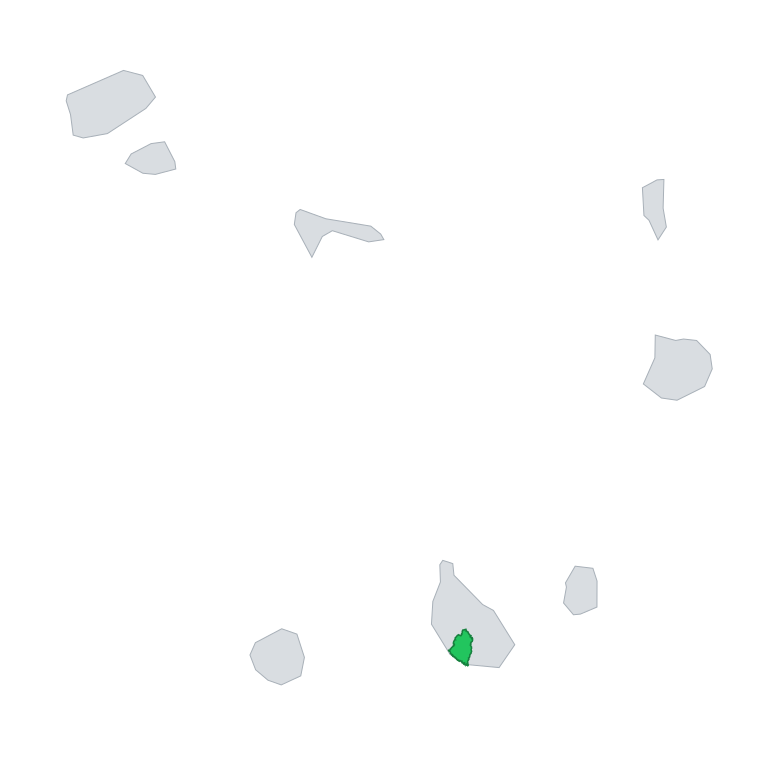 location of Sao Joao Baptista, Ribeira Grande de Santiago, Cabo Verde, rotated 2°
{"feature_id": "66160863B53173453259277", "entity_name": "Sao Joao Baptista", "entity_type": "district", "adm_level": 2, "iso_a3": "CPV", "parent_name": "Cabo Verde", "parent_adm1": "Ribeira Grande de Santiago", "projection": "mercator", "projection_center": [-23.659, 14.991], "detail": "fine", "context": "in_parent", "style": "filled", "palette": "green", "viewbox_px": 768, "rotation_deg": 2, "n_neighbors": 0, "source": "geoboundaries", "source_scale": "gbopen_adm2", "svg_char_len": 5665}
<svg xmlns="http://www.w3.org/2000/svg" viewBox="0 0 768 768"><g transform="rotate(2 384 384)"><path d="M523.8,640.0L508.9,663.4L476.2,661.5L459.4,651.9L439.8,622.4L440.4,599.6L447.3,579.9L446.1,562.7L448.9,558.2L459.0,561.1L460.6,572.7L490.3,601.0L501.3,606.5L523.8,640.0ZM98.8,143.4L74.8,148.6L64.7,146.1L61.3,125.6L56.5,112.1L57.6,106.1L112.7,79.7L132.1,84.1L145.6,105.2L136.4,116.9L98.8,143.4ZM653.4,325.6L674.0,330.3L681.8,328.6L694.9,329.6L708.9,343.1L711.5,357.4L704.5,375.3L677.4,390.0L661.7,388.3L643.2,374.9L653.8,348.4L653.4,325.6ZM311.0,678.6L291.8,688.3L278.4,684.1L265.7,674.1L259.5,659.5L264.5,647.0L290.3,632.2L305.7,637.0L314.0,660.0L311.0,678.6ZM365.3,226.7L375.5,234.3L378.8,239.7L363.7,242.5L327.0,232.6L317.2,238.7L307.5,259.9L288.8,227.7L290.1,215.9L294.1,212.5L320.1,220.9L365.3,226.7ZM588.3,607.1L581.4,608.0L571.1,596.6L573.4,580.6L572.3,576.4L581.4,559.4L599.2,560.9L603.8,573.5L604.6,599.5L588.3,607.1ZM168.4,176.4L148.2,182.5L135.7,181.8L117.7,172.7L123.3,162.9L142.8,151.9L156.3,149.6L167.2,169.1L168.4,176.4ZM660.7,217.3L652.8,230.4L643.1,211.1L637.9,206.5L635.4,178.8L649.7,170.5L656.6,169.8L656.8,198.5L660.7,217.3Z" fill="#d9dde1" stroke="#a8b0b8" stroke-width="1"/><path d="M457.9,647.9L457.9,648.1L458.1,648.3L458.4,648.4L458.4,648.6L458.6,648.6L458.8,648.6L458.8,648.8L459.0,648.8L459.0,649.0L459.3,649.1L459.3,649.3L459.2,649.3L459.3,649.3L459.5,649.6L459.6,649.8L459.7,650.0L459.7,650.4L459.8,650.4L459.8,650.5L459.9,651.0L460.1,651.0L460.2,651.3L460.4,651.3L460.5,651.5L460.9,651.9L461.0,651.8L461.5,651.9L461.6,652.0L461.8,652.4L462.0,652.3L462.2,652.5L462.1,652.8L462.3,652.9L462.4,653.0L462.5,653.1L462.2,653.2L462.3,653.3L462.3,653.5L462.5,653.5L462.8,653.6L462.7,653.6L463.0,653.8L462.9,653.8L462.7,654.0L462.9,654.1L463.0,654.0L463.5,654.3L463.8,654.4L463.9,654.2L464.2,654.3L464.1,654.6L464.2,654.4L464.3,654.5L464.2,654.5L464.4,654.5L464.5,654.7L464.5,654.8L464.4,654.8L464.5,655.0L464.6,654.9L464.7,655.0L464.8,655.0L464.7,655.0L464.9,655.2L465.0,655.2L465.2,655.4L465.4,655.8L465.8,655.9L465.9,656.1L466.0,656.0L466.1,656.3L466.3,656.6L466.5,656.6L466.8,656.7L466.8,656.8L467.0,656.9L466.9,657.2L467.0,657.4L467.2,657.5L467.4,657.5L467.6,657.6L467.8,657.4L468.1,657.6L468.0,657.9L468.1,658.0L468.2,657.9L468.3,658.0L468.5,657.9L468.6,657.7L468.7,657.8L468.7,657.7L468.8,657.7L468.9,657.8L469.1,657.8L469.0,658.0L469.0,657.9L469.0,658.1L469.1,658.3L469.4,658.2L469.5,658.2L469.6,657.9L470.0,657.9L470.5,658.0L470.7,658.3L470.8,658.4L471.1,658.4L471.0,658.5L471.2,658.8L471.2,658.7L471.2,658.8L471.4,658.8L471.5,659.0L471.4,659.1L471.7,659.4L471.8,659.2L472.0,659.3L471.9,659.6L472.2,659.6L472.3,659.7L472.2,659.8L472.4,660.0L472.5,660.1L473.0,660.3L473.2,660.2L473.3,660.5L473.4,660.4L473.4,660.5L473.6,660.4L473.5,660.6L473.5,660.8L473.9,660.8L473.9,661.0L474.3,660.8L474.3,661.2L474.5,661.2L474.5,661.3L474.8,661.4L474.8,661.6L475.0,661.5L475.3,661.6L475.5,661.7L475.6,661.9L475.8,661.8L475.8,662.0L475.9,661.9L475.9,662.1L476.0,662.1L476.1,661.8L476.2,662.1L476.5,662.0L476.8,662.1L477.0,662.0L477.3,662.2L477.4,662.3L477.5,662.2L477.6,662.4L477.7,662.2L477.8,662.3L478.0,662.1L477.9,661.7L477.8,661.3L477.8,661.1L477.5,660.8L477.5,660.6L477.5,660.4L477.5,659.7L477.3,659.2L477.2,658.6L477.5,657.6L477.8,657.3L477.8,657.1L478.0,656.9L478.0,656.7L478.4,656.3L478.4,656.1L478.2,655.9L478.3,655.6L478.2,655.4L478.3,655.2L478.1,654.8L478.4,654.6L478.7,654.5L478.8,654.2L479.1,653.9L479.2,653.4L479.1,653.1L479.2,652.7L479.3,652.1L479.2,651.8L479.2,651.6L479.3,651.4L479.5,651.1L479.7,650.9L479.8,650.9L480.2,650.4L480.3,650.3L480.3,649.9L480.5,649.7L480.4,649.4L480.5,649.1L480.9,648.3L480.8,647.7L480.3,646.6L480.5,645.5L480.8,644.9L480.7,644.5L480.5,644.2L480.6,643.7L480.3,643.5L480.0,642.8L479.7,642.6L479.4,642.0L479.6,641.7L479.9,641.5L479.9,641.2L479.5,640.8L479.7,640.2L479.8,640.2L480.0,639.9L479.9,639.6L479.8,639.4L479.9,639.1L480.2,639.1L480.4,638.8L480.6,638.6L481.1,638.2L481.3,637.7L481.5,636.7L481.4,636.0L481.4,635.3L481.3,635.0L481.1,634.7L481.0,634.4L480.9,634.4L480.6,634.6L480.4,634.6L480.3,634.8L480.2,634.5L480.2,634.3L479.9,633.9L479.7,634.0L479.6,633.9L479.0,633.8L478.9,633.3L479.1,632.9L479.3,632.8L479.4,632.7L479.6,632.7L479.7,632.4L479.4,632.3L479.2,632.2L478.9,632.1L478.6,632.0L478.2,631.5L478.0,631.4L478.0,631.2L477.8,631.0L477.7,630.9L477.3,630.6L477.3,630.2L476.8,629.8L476.8,629.3L476.7,629.0L476.6,628.8L476.2,628.7L475.9,628.7L475.7,628.6L475.6,628.3L475.5,628.2L475.3,628.1L474.8,628.0L474.7,628.0L474.8,627.7L474.8,627.2L474.6,626.9L474.4,626.3L474.2,626.4L473.3,626.6L473.2,626.8L472.8,626.9L472.7,627.0L472.3,626.9L471.5,627.5L471.3,627.5L471.2,627.4L471.0,627.8L471.0,628.0L471.0,628.3L470.8,628.6L470.9,628.9L470.9,629.6L470.8,630.2L470.7,630.4L470.5,630.6L470.4,630.9L470.5,631.2L470.3,631.2L470.3,631.5L470.1,631.6L470.1,631.8L470.1,632.3L469.8,632.8L469.5,632.9L469.4,632.9L469.1,632.9L468.8,632.7L468.0,632.3L467.9,632.4L467.7,632.4L467.3,632.1L467.2,632.3L466.8,632.3L466.5,632.6L466.2,632.6L466.0,632.8L465.7,633.2L465.6,633.5L465.1,634.0L465.0,634.3L464.0,635.2L464.0,635.5L464.1,635.8L464.0,636.1L464.0,636.5L464.3,637.0L464.1,637.0L463.5,637.3L463.5,637.6L463.4,637.7L463.1,638.1L462.9,638.5L462.7,638.9L462.8,639.0L462.4,639.9L462.5,640.6L462.4,640.8L462.4,641.1L462.4,641.3L462.6,641.4L462.9,641.3L463.1,641.3L463.3,641.5L463.4,641.8L463.5,642.3L463.0,642.8L462.8,643.1L462.7,643.2L462.8,643.4L462.5,643.7L462.2,643.8L462.1,643.6L461.6,644.4L461.3,644.6L461.2,644.8L460.9,644.9L460.7,645.0L460.4,645.7L459.9,646.3L459.9,646.5L459.7,646.9L459.3,646.9L459.3,647.2L458.9,647.8L458.3,648.0L457.9,647.9Z" fill="#22c55e" stroke="#15803d" stroke-width="1.5"/></g></svg>